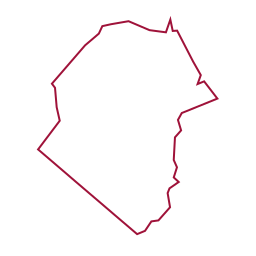 Jackson, Georgia, United States of America, rotated 266°
{"feature_id": "52423323B52261758967223", "entity_name": "Jackson", "entity_type": "district", "adm_level": 2, "iso_a3": "USA", "parent_name": "United States of America", "parent_adm1": "Georgia", "projection": "robinson", "projection_center": [-83.574, 34.131], "detail": "fine", "context": "isolated", "style": "outline", "palette": "rose", "viewbox_px": 256, "rotation_deg": 266, "n_neighbors": 0, "source": "geoboundaries", "source_scale": "gbopen_adm2", "svg_char_len": 622}
<svg xmlns="http://www.w3.org/2000/svg" viewBox="0 0 256 256"><g transform="rotate(266 128 128)"><path d="M112.9,36.8L94.7,55.3L77.6,72.6L50.2,100.5L41.9,108.9L21.5,129.7L24.2,137.8L33.2,144.8L33.7,151.9L46.0,164.4L60.3,163.0L64.9,165.2L70.6,174.8L75.5,170.2L85.4,174.1L92.9,171.4L115.4,174.2L121.9,180.8L132.6,178.4L139.2,182.7L151.1,219.2L169.2,207.2L167.0,200.5L175.7,204.3L189.7,197.6L221.7,183.8L221.7,179.4L233.2,177.8L220.8,172.5L224.1,156.3L234.5,136.0L232.7,118.2L231.4,109.5L224.2,105.5L213.5,91.0L177.5,55.2L173.2,58.0L153.7,58.3L140.0,60.4L112.9,36.8Z" fill="none" stroke="#9f1239" stroke-width="2"/></g></svg>